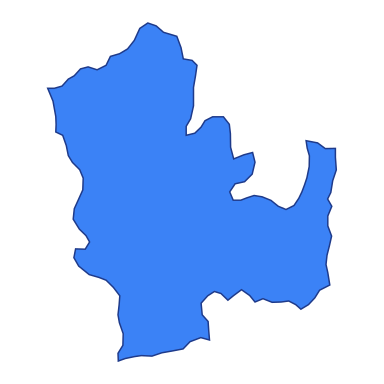 outline of Ijaci, Minas Gerais, Brazil
{"feature_id": "56859067B18421767150420", "entity_name": "Ijaci", "entity_type": "district", "adm_level": 2, "iso_a3": "BRA", "parent_name": "Brazil", "parent_adm1": "Minas Gerais", "projection": "robinson", "projection_center": [-44.927, -21.175], "detail": "fine", "context": "isolated", "style": "filled", "palette": "blue", "viewbox_px": 384, "rotation_deg": 0, "n_neighbors": 0, "source": "geoboundaries", "source_scale": "gbopen_adm2", "svg_char_len": 1792}
<svg xmlns="http://www.w3.org/2000/svg" viewBox="0 0 384 384"><path d="M147.8,23.0L139.8,28.4L134.3,40.4L127.6,48.9L119.6,53.7L110.4,56.4L106.1,65.3L97.1,69.8L88.1,66.9L80.5,68.9L74.2,75.8L68.3,79.1L62.0,86.1L54.3,88.3L47.7,88.3L53.0,101.1L55.8,116.6L56.1,124.5L55.8,132.0L62.7,135.3L66.3,145.6L68.3,155.6L72.5,162.5L79.7,169.7L83.2,178.1L82.8,189.9L78.3,199.9L74.3,208.7L73.2,219.2L79.4,229.2L86.0,235.6L89.6,242.0L85.2,249.2L75.6,248.9L73.9,257.7L78.7,266.1L89.2,274.6L98.9,277.4L106.1,280.2L113.4,287.4L119.8,295.8L119.1,305.1L118.0,314.8L119.4,322.8L123.2,333.7L122.9,345.3L118.0,353.3L118.3,361.0L125.3,358.5L134.4,356.6L141.3,355.6L152.0,356.1L161.8,352.8L172.6,350.9L183.1,348.9L190.0,341.7L200.8,337.6L209.5,340.0L208.7,330.4L208.1,321.5L202.2,314.8L201.1,303.2L207.7,295.8L214.4,291.5L221.0,293.5L227.9,300.2L233.7,295.5L241.5,289.7L249.7,295.5L255.0,302.0L263.0,298.7L272.1,302.3L281.2,302.0L288.7,301.0L295.7,304.6L300.9,309.2L308.5,304.6L314.8,297.9L319.6,290.2L329.8,285.0L327.8,272.7L326.0,264.5L327.0,255.3L329.4,245.8L331.6,236.1L327.8,225.9L327.8,216.0L331.8,206.3L327.6,199.0L330.8,192.5L332.7,180.7L336.3,169.9L335.4,157.3L335.4,148.4L325.3,148.6L317.6,142.9L306.1,140.7L307.2,148.1L309.4,155.8L309.2,166.6L306.9,177.8L304.5,185.0L301.9,191.9L298.8,198.3L294.0,205.5L286.0,209.5L278.3,206.3L271.0,200.4L262.1,196.8L254.1,195.5L246.7,197.9L240.8,200.2L233.2,200.2L229.7,191.9L235.1,183.8L244.6,181.7L252.2,174.1L255.0,162.2L252.6,152.5L243.9,154.8L233.7,158.9L230.6,147.3L230.4,133.7L229.3,124.3L223.4,116.8L212.6,116.8L205.0,120.7L201.1,127.1L194.8,133.2L186.2,135.3L186.2,126.3L190.6,118.8L193.5,105.8L193.5,87.4L195.5,75.8L197.0,65.3L192.1,60.4L183.3,58.9L181.0,47.6L176.8,36.3L163.5,32.3L156.2,25.9L147.8,23.0Z" fill="#3b82f6" stroke="#1e3a8a" stroke-width="1.5"/></svg>